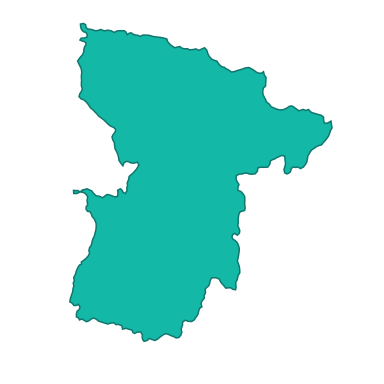 Peçanha, Minas Gerais, Brazil (Albers equal-area conic projection), rotated 187°
{"feature_id": "56859067B17789026989145", "entity_name": "Peçanha", "entity_type": "district", "adm_level": 2, "iso_a3": "BRA", "parent_name": "Brazil", "parent_adm1": "Minas Gerais", "projection": "albers", "projection_center": [-42.509, -18.539], "detail": "fine", "context": "isolated", "style": "filled", "palette": "teal", "viewbox_px": 384, "rotation_deg": 187, "n_neighbors": 0, "source": "geoboundaries", "source_scale": "gbopen_adm2", "svg_char_len": 5515}
<svg xmlns="http://www.w3.org/2000/svg" viewBox="0 0 384 384"><g transform="rotate(187 192 192)"><path d="M87.1,228.5L84.4,230.4L83.0,232.9L81.8,235.3L81.5,238.6L81.5,241.6L80.4,244.2L79.3,246.7L77.9,248.8L76.0,250.3L74.2,252.1L71.8,253.5L69.1,254.6L68.0,256.6L66.3,258.9L64.6,261.7L63.4,264.0L62.6,266.8L62.0,270.0L60.8,272.8L61.9,276.3L62.7,279.3L66.1,276.8L69.1,276.5L70.1,279.3L70.6,282.5L73.4,284.0L76.7,284.4L79.3,284.9L82.4,285.3L84.5,286.3L86.3,288.1L89.0,286.8L91.9,287.5L93.8,286.5L95.7,285.6L98.4,287.0L100.9,288.5L103.4,289.6L105.7,289.0L108.3,286.7L111.9,284.6L115.6,284.2L117.8,284.6L120.4,285.2L123.9,286.3L126.3,288.9L128.9,290.3L130.1,292.5L131.7,294.7L133.3,297.3L134.1,300.5L133.8,303.9L131.9,306.1L132.1,309.0L132.3,312.0L132.5,314.8L134.5,316.9L135.7,320.1L137.8,318.2L141.5,318.2L144.0,319.6L147.0,321.1L150.6,322.5L153.5,321.9L155.6,320.9L157.6,319.9L159.7,319.0L161.9,318.1L164.6,316.7L167.3,315.9L169.5,316.9L171.3,318.0L173.3,318.3L174.9,319.7L177.6,319.9L180.1,321.5L182.0,323.4L183.3,325.0L185.7,325.3L188.6,326.2L191.6,328.9L193.3,331.5L194.6,334.6L197.1,336.7L200.0,335.0L202.5,333.4L205.5,334.5L208.8,333.4L211.8,332.8L213.9,333.7L216.5,333.2L219.5,333.5L221.8,334.9L224.4,334.0L226.6,333.1L229.9,334.6L232.5,336.4L234.5,338.3L235.7,340.9L238.8,341.3L241.9,341.6L244.1,341.6L247.1,341.5L250.1,341.7L253.4,342.3L256.8,342.1L259.7,341.9L262.3,340.1L265.0,341.0L267.0,340.9L269.2,341.3L271.9,342.6L273.9,341.8L275.5,340.2L276.9,342.6L278.8,343.8L281.3,343.6L284.2,343.1L286.2,342.7L288.6,340.9L292.3,342.2L295.5,342.3L298.8,341.2L302.3,342.2L304.5,341.1L307.1,340.2L309.8,340.7L312.1,341.1L315.3,341.1L317.2,342.3L317.9,345.0L320.2,346.1L323.2,345.1L322.7,342.5L321.6,339.9L319.5,338.0L316.7,337.3L315.1,335.4L315.1,332.9L318.1,331.6L320.7,331.2L321.7,329.2L319.7,328.5L317.7,328.3L315.7,327.4L315.1,325.2L316.3,323.2L316.7,320.4L316.6,317.4L317.5,314.7L318.8,312.9L320.1,310.8L321.5,308.0L320.2,305.8L318.9,303.9L317.1,301.1L316.0,297.6L316.0,294.1L315.7,291.7L315.2,289.4L315.1,286.9L314.8,284.1L313.4,280.7L314.3,277.8L315.3,275.9L315.8,272.9L313.4,270.9L310.7,270.3L307.9,268.4L305.4,266.0L303.0,263.1L300.2,261.4L297.7,259.3L295.6,257.6L293.5,255.7L291.0,254.4L288.6,253.0L286.4,251.4L284.8,250.1L282.5,248.4L280.4,247.3L278.1,246.7L275.6,245.3L275.5,242.3L277.4,239.1L278.1,236.8L277.0,234.1L275.1,231.5L274.5,228.7L273.6,225.4L271.6,222.7L269.9,219.6L269.0,216.9L268.3,214.4L265.9,211.6L263.8,209.6L263.0,212.7L261.0,214.3L258.6,214.4L256.7,213.5L253.2,213.5L249.7,215.0L248.1,212.2L249.6,208.4L251.4,205.7L253.1,203.3L254.9,201.4L256.3,199.8L256.4,196.7L257.4,193.2L256.8,190.5L257.2,188.1L256.7,185.3L258.1,182.4L260.2,183.1L261.4,185.0L263.5,186.5L266.1,184.6L265.3,181.9L265.4,178.6L268.1,177.7L271.1,178.5L273.6,179.1L276.0,179.2L277.9,177.5L280.0,175.4L283.3,176.5L286.6,176.5L289.5,178.6L291.6,180.8L293.6,181.5L296.7,182.4L298.5,181.5L300.6,180.9L303.2,178.4L299.5,178.3L297.0,177.0L294.9,174.5L295.2,171.1L294.6,168.6L293.9,166.6L295.2,164.7L295.1,162.1L293.4,160.1L290.9,160.0L289.3,158.0L288.0,155.3L285.6,153.3L284.4,151.1L283.3,149.0L282.8,145.6L282.8,142.3L283.3,139.0L283.6,136.1L284.5,133.9L285.1,130.9L285.5,126.8L286.9,124.3L287.2,121.1L286.2,118.9L287.0,116.3L288.6,113.8L291.2,110.9L293.3,109.1L292.9,106.9L294.9,105.7L296.3,102.5L297.2,99.5L297.6,96.4L299.0,92.7L298.0,89.8L298.8,87.1L297.8,84.4L298.3,81.6L298.3,78.0L299.0,75.4L299.3,73.2L299.8,71.0L299.9,68.1L297.4,67.0L295.3,64.9L293.0,65.3L290.9,66.7L289.1,63.9L289.8,61.4L291.5,59.7L291.9,57.1L291.5,53.9L289.4,53.3L288.1,51.3L285.8,52.6L283.3,51.4L280.9,50.4L278.3,51.8L276.3,53.9L274.1,54.9L271.6,54.1L269.1,52.5L265.7,51.8L262.3,51.2L259.4,50.7L256.7,52.0L253.3,52.6L251.4,51.1L248.6,51.6L245.2,50.6L244.2,47.4L240.7,48.7L237.5,48.0L234.5,47.6L233.7,45.5L231.8,44.6L229.3,46.2L225.9,46.9L223.9,44.1L223.7,41.5L222.9,39.4L221.3,37.9L218.2,39.3L216.5,41.4L214.0,40.8L210.8,40.1L208.5,41.5L206.3,43.9L203.6,46.4L201.3,48.1L198.4,47.9L195.1,46.8L191.9,46.1L190.0,45.2L187.1,46.1L185.6,48.7L185.0,51.6L186.1,54.7L185.2,58.6L185.4,61.9L183.0,63.9L180.1,63.2L176.6,63.4L174.2,65.3L173.0,67.8L171.2,71.2L170.8,74.8L170.4,77.3L168.2,79.2L169.4,82.3L168.8,85.2L166.9,88.0L167.4,90.8L166.3,93.5L167.1,97.1L165.8,99.0L164.1,100.7L163.3,103.4L163.2,106.0L162.2,109.0L159.7,109.6L157.1,109.8L154.2,108.8L152.5,106.0L150.4,104.1L148.4,102.4L146.8,100.7L144.7,101.2L142.1,101.7L139.8,100.5L136.9,100.2L136.6,102.5L137.0,104.6L137.6,107.7L136.5,110.3L136.3,112.5L136.0,114.8L134.7,117.6L135.0,119.8L135.7,123.0L137.2,126.5L138.6,129.2L138.3,131.6L138.1,134.1L138.0,137.9L138.0,140.5L138.5,142.6L139.6,145.0L140.9,147.2L143.2,149.1L145.5,150.1L146.8,152.0L146.5,154.5L144.8,156.1L141.7,154.6L139.9,157.0L139.9,159.5L141.0,161.8L142.5,164.0L142.3,167.0L142.8,170.0L142.9,172.9L142.7,176.0L141.7,178.3L139.7,179.2L137.6,180.0L137.3,182.6L137.9,184.9L138.4,187.3L138.6,190.8L139.1,193.8L140.9,196.2L143.4,198.4L146.6,199.2L147.0,202.1L146.3,205.2L148.4,207.7L149.9,210.2L150.0,213.5L147.4,215.5L144.3,216.0L142.0,217.2L139.6,217.4L137.3,216.8L134.6,217.0L131.4,217.8L129.6,220.7L129.6,224.0L126.5,225.0L123.1,225.3L119.7,226.0L118.0,229.5L118.1,232.3L116.0,233.9L113.8,235.0L112.1,236.5L110.2,237.5L107.6,239.2L104.4,238.9L103.5,234.8L102.6,231.5L102.9,228.7L103.5,225.5L102.3,222.3L100.1,221.5L98.2,222.5L96.7,224.2L96.3,227.5L94.4,229.2L91.9,229.0L90.0,229.7L87.1,228.5ZM309.2,176.1L305.9,176.5L303.2,178.4L305.2,179.5L307.5,179.3L309.8,179.2L309.2,176.1Z" fill="#14b8a6" stroke="#0f766e" stroke-width="1.5"/></g></svg>